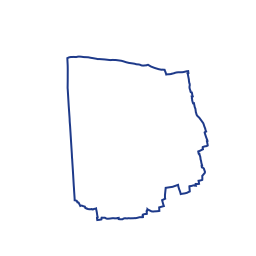 the district of Khwao Sin Rin, Surin, Thailand, rotated 336°
{"feature_id": "78962969B63758563457918", "entity_name": "Khwao Sin Rin", "entity_type": "district", "adm_level": 2, "iso_a3": "THA", "parent_name": "Thailand", "parent_adm1": "Surin", "projection": "natural_earth1", "projection_center": [103.61, 15.013], "detail": "fine", "context": "isolated", "style": "outline", "palette": "blue", "viewbox_px": 256, "rotation_deg": 336, "n_neighbors": 0, "source": "geoboundaries", "source_scale": "gbopen_adm2", "svg_char_len": 5359}
<svg xmlns="http://www.w3.org/2000/svg" viewBox="0 0 256 256"><g transform="rotate(336 128 128)"><path d="M101.0,39.5L100.6,40.5L98.7,45.4L98.1,46.9L96.5,50.6L94.7,54.6L92.5,59.5L92.1,60.4L89.1,66.9L88.5,68.6L82.9,83.5L79.3,93.4L78.2,96.4L78.0,96.8L77.2,98.9L75.9,102.6L67.5,125.2L66.2,128.7L64.8,132.3L64.2,134.1L63.8,135.1L60.8,143.2L59.2,147.5L54.9,158.9L54.3,160.6L53.2,163.5L50.7,170.3L49.9,172.3L50.1,172.4L50.7,173.0L51.4,173.5L51.5,173.6L51.5,173.9L51.5,174.1L51.6,174.4L51.6,174.7L51.5,175.2L51.5,175.4L51.6,175.5L52.2,175.7L52.4,175.8L52.5,176.0L52.6,177.1L52.6,177.3L52.6,177.9L52.7,178.9L52.7,179.7L52.7,179.8L52.9,179.8L53.4,179.8L53.7,179.9L54.0,180.0L54.3,180.2L54.8,180.7L55.3,181.2L56.6,182.3L56.5,183.6L56.5,183.8L57.0,184.3L57.5,184.5L57.5,184.9L57.8,185.2L58.2,185.5L58.4,185.7L58.5,185.8L59.5,186.4L59.8,186.6L60.1,186.7L60.3,186.7L61.3,187.3L61.7,187.2L61.8,187.2L62.2,187.5L62.3,187.6L62.4,187.8L62.5,188.0L62.9,188.2L63.1,188.2L63.5,188.1L64.5,188.2L65.1,188.4L65.5,188.5L66.1,188.5L65.8,189.5L65.6,190.7L65.4,191.6L65.2,192.4L64.6,194.5L64.4,195.1L64.3,195.6L64.1,196.9L63.9,197.4L63.2,197.3L62.8,198.3L62.7,198.8L62.5,199.6L64.4,200.2L66.4,200.7L66.5,200.7L66.8,200.3L67.0,199.9L67.3,199.3L67.4,199.2L67.8,199.4L68.3,199.6L69.8,200.3L70.3,200.5L70.6,200.8L70.9,201.3L71.5,202.0L71.9,202.3L72.7,202.7L74.7,203.4L77.2,204.1L78.1,204.5L78.5,204.7L78.9,205.0L79.1,205.1L79.5,205.3L80.0,205.5L80.7,205.8L81.2,205.9L81.7,205.9L82.1,206.1L82.9,206.3L82.4,207.4L83.0,207.8L83.6,208.1L83.9,208.3L84.9,208.7L85.8,209.1L86.3,209.1L86.6,209.0L86.9,208.9L87.6,209.0L87.9,209.0L88.2,209.1L88.6,209.4L88.9,209.4L89.2,209.5L89.3,209.6L89.6,209.8L90.1,210.1L90.5,210.3L91.5,210.5L93.7,211.6L96.9,212.9L97.4,213.0L98.1,213.4L99.7,213.8L101.6,214.1L102.6,214.3L103.4,214.7L105.0,215.4L105.4,215.5L105.5,215.3L105.6,214.8L105.7,214.1L106.0,214.1L106.3,213.2L107.8,213.3L108.1,213.4L108.8,213.6L110.1,214.1L110.3,214.1L110.9,212.5L111.1,211.7L111.3,211.7L111.6,211.6L111.6,211.4L111.8,210.9L112.1,210.8L112.3,210.8L112.7,210.1L112.8,210.4L113.0,210.6L113.2,210.8L113.6,211.3L114.2,212.0L115.4,213.5L115.7,213.8L116.0,214.0L116.8,214.4L117.1,214.6L117.6,214.7L118.7,215.1L119.5,215.4L120.2,215.7L122.1,216.3L122.9,216.5L124.2,213.2L129.0,213.9L129.2,211.7L129.8,207.8L133.2,207.7L133.3,207.0L134.4,204.5L134.6,204.1L138.1,198.0L144.9,199.9L146.7,200.0L147.7,200.1L150.6,200.3L150.2,201.9L150.1,202.4L149.9,204.3L149.8,204.9L149.8,205.6L149.7,207.2L149.6,207.9L149.3,209.8L150.3,210.0L153.2,210.8L155.5,211.2L157.0,211.1L158.4,211.1L158.6,211.1L158.8,210.8L158.9,210.3L159.8,207.7L160.4,206.2L160.6,206.2L162.2,206.7L162.7,206.8L164.3,207.0L164.7,207.1L165.0,207.3L165.5,207.8L165.8,207.9L166.0,208.0L166.5,208.3L166.8,206.7L167.0,206.6L167.7,206.9L168.2,207.2L168.6,207.4L168.9,207.6L170.2,207.9L170.6,206.5L171.0,204.9L173.0,205.4L174.7,205.6L175.2,204.8L176.4,201.9L177.5,201.4L178.9,200.7L179.5,200.5L179.7,200.3L180.1,200.0L180.3,199.6L180.5,199.3L180.6,198.0L180.7,196.6L180.8,196.2L180.7,195.8L180.7,195.6L180.2,194.7L180.0,194.3L180.0,194.2L179.5,194.0L179.5,193.9L179.6,193.5L179.8,192.8L180.0,192.2L180.5,192.2L180.7,190.8L180.7,190.3L181.0,189.1L181.4,187.5L181.5,186.5L181.7,185.7L182.0,184.8L182.2,184.0L182.3,183.7L182.4,182.9L182.4,182.1L182.5,181.8L182.7,180.7L182.3,180.6L182.2,180.6L182.1,180.2L182.2,179.9L182.4,179.0L182.6,178.0L182.7,177.9L184.0,178.1L185.3,178.0L186.5,178.0L186.6,177.9L186.8,177.8L187.8,177.9L188.4,175.9L188.5,175.8L190.6,176.0L192.4,176.5L192.6,176.5L193.4,176.4L193.7,176.4L193.8,176.2L194.5,173.3L194.7,172.1L194.8,172.1L195.3,172.2L195.5,171.5L195.5,170.9L195.5,170.3L195.6,168.9L195.6,168.5L196.0,164.5L196.2,163.2L196.3,163.1L197.3,163.0L197.9,163.0L197.9,162.9L198.0,161.2L198.3,159.9L198.3,159.5L198.4,157.4L198.6,155.8L198.7,154.2L197.3,147.6L196.3,145.2L196.2,144.6L196.1,144.2L196.1,143.6L196.4,141.7L196.4,141.1L196.7,140.3L197.0,139.2L197.4,137.8L197.4,137.2L197.5,135.8L198.3,132.3L198.2,132.3L197.5,132.0L197.6,130.6L197.9,128.7L198.2,128.1L198.4,126.9L198.5,126.8L198.6,126.7L198.8,126.1L199.0,125.1L200.0,125.4L200.2,123.7L200.3,123.3L200.4,123.1L200.6,122.4L200.7,121.7L200.7,121.4L200.4,121.2L200.1,121.0L199.9,120.8L199.9,120.5L199.9,120.3L200.0,119.7L200.2,119.4L200.2,118.5L200.3,117.7L200.4,116.9L200.7,115.9L200.9,115.5L201.2,114.9L201.7,114.2L201.8,114.1L202.2,113.0L202.3,112.7L202.3,111.7L202.4,111.4L202.6,110.7L202.8,109.9L203.0,109.3L203.2,108.8L203.4,108.1L204.2,104.6L204.3,104.3L204.5,103.5L204.6,102.5L204.6,102.4L205.4,102.5L205.5,102.5L206.1,100.5L205.1,100.2L204.5,100.0L203.9,99.9L202.2,99.6L200.8,99.3L198.7,98.5L196.3,97.4L195.8,97.3L195.3,97.1L194.6,96.9L194.2,96.9L193.5,96.7L192.5,96.7L190.2,96.3L190.0,96.2L189.8,96.3L188.2,95.9L185.6,94.9L185.3,94.8L184.7,94.7L184.8,94.0L184.9,93.1L185.0,91.7L185.0,90.8L185.1,89.7L183.8,89.0L182.8,88.5L182.3,88.4L179.9,86.7L176.7,83.9L174.0,81.2L172.0,78.4L171.5,78.3L171.0,78.2L170.6,78.3L169.7,78.0L169.2,77.8L167.6,77.3L166.2,76.6L165.6,76.1L164.5,74.9L163.3,74.1L162.1,73.5L161.2,72.9L160.2,72.0L158.2,70.7L155.3,68.9L153.1,67.2L150.9,65.2L149.3,63.9L146.9,62.4L144.6,61.0L141.5,59.5L139.5,58.8L134.6,55.9L130.3,53.6L128.3,52.7L127.3,51.9L124.5,50.0L122.5,48.7L120.4,47.2L116.4,45.2L114.5,44.0L112.9,43.1L111.5,42.5L109.5,42.1L107.5,41.1L104.7,39.9L103.0,39.5L101.0,39.5Z" fill="none" stroke="#1e3a8a" stroke-width="2"/></g></svg>